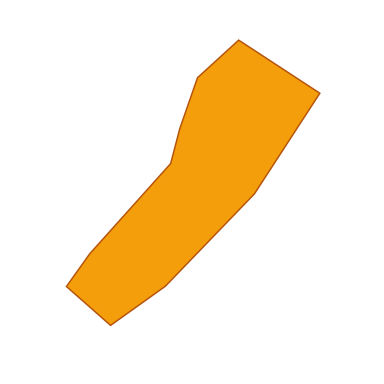 an SVG outline of Sowa, rotated 298°
{"feature_id": "BWA-5505", "entity_name": "Sowa", "entity_type": "Township", "adm_level": 1, "iso_a3": "BWA", "parent_name": "Botswana", "parent_adm1": "", "projection": "orthographic", "projection_center": [26.183, -20.572], "detail": "fine", "context": "isolated", "style": "filled", "palette": "amber", "viewbox_px": 384, "rotation_deg": 298, "n_neighbors": 0, "source": "natural_earth", "source_scale": "10m", "svg_char_len": 298}
<svg xmlns="http://www.w3.org/2000/svg" viewBox="0 0 384 384"><g transform="rotate(298 192 192)"><path d="M49.6,125.5L89.4,130.7L207.1,159.8L242.1,151.5L295.5,143.2L348.0,161.9L339.2,258.5L219.7,248.0L96.3,212.7L36.0,182.7L49.6,125.5Z" fill="#f59e0b" stroke="#b45309" stroke-width="1.5"/></g></svg>